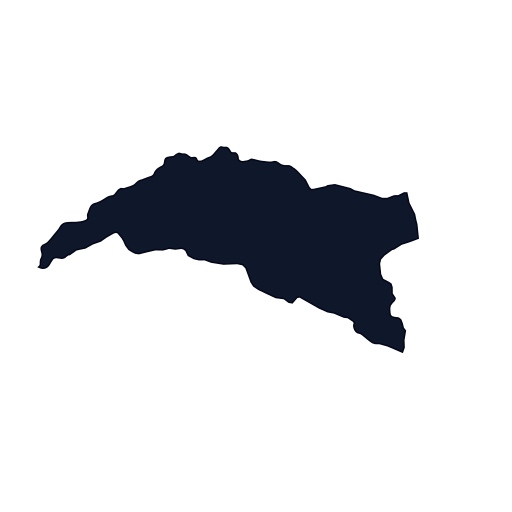 Ostuncalco, Quezaltenango, Guatemala, rotated 38°
{"feature_id": "79465075B83673504677566", "entity_name": "Ostuncalco", "entity_type": "district", "adm_level": 2, "iso_a3": "GTM", "parent_name": "Guatemala", "parent_adm1": "Quezaltenango", "projection": "robinson", "projection_center": [-91.717, 14.862], "detail": "fine", "context": "isolated", "style": "filled", "palette": "ink", "viewbox_px": 512, "rotation_deg": 38, "n_neighbors": 0, "source": "geoboundaries", "source_scale": "gbopen_adm2", "svg_char_len": 3936}
<svg xmlns="http://www.w3.org/2000/svg" viewBox="0 0 512 512"><g transform="rotate(38 256 256)"><path d="M336.0,113.5L333.9,115.1L331.2,120.9L327.9,123.6L324.1,129.9L320.0,133.1L311.3,135.8L293.4,144.2L288.9,144.9L274.3,151.3L269.3,156.5L268.5,158.5L260.6,168.0L258.6,169.8L255.7,169.4L248.0,165.8L236.7,164.1L234.9,163.9L234.0,163.9L232.8,163.8L231.0,164.0L228.9,164.0L226.7,164.5L223.0,167.3L220.8,168.4L219.1,168.9L215.7,169.1L213.8,169.4L212.3,170.4L211.0,172.0L209.7,173.3L207.7,174.7L205.1,176.3L202.0,178.2L199.5,179.5L195.4,181.3L192.8,182.6L192.0,184.2L191.6,185.2L190.9,186.3L187.7,189.8L186.5,190.6L184.5,191.1L183.0,191.0L182.0,190.3L180.9,189.1L179.7,188.2L178.6,187.7L177.3,187.5L176.3,187.5L175.1,188.4L174.3,189.1L172.9,189.8L171.7,189.7L170.2,189.0L169.0,188.6L167.7,188.3L166.2,188.5L165.4,189.0L164.6,189.7L163.2,190.7L161.2,191.6L160.5,193.4L160.5,195.6L160.3,198.2L160.2,201.3L160.1,202.6L159.5,205.5L158.8,206.7L157.4,209.0L155.9,212.5L154.8,214.7L153.6,215.9L152.4,216.8L151.3,217.0L149.9,216.5L148.9,215.9L147.8,215.8L146.2,216.8L145.6,217.6L144.5,218.5L143.4,218.8L142.2,218.9L141.3,219.0L139.1,219.0L137.7,219.4L136.7,219.9L135.5,220.9L134.2,221.6L132.6,222.2L131.8,222.9L130.7,225.4L130.2,227.8L129.5,228.9L128.2,230.1L127.1,231.2L125.4,233.3L124.9,234.6L125.0,235.9L125.6,237.2L126.3,238.5L127.1,239.9L127.2,241.6L127.0,242.9L126.2,244.5L125.3,246.8L124.8,248.6L124.7,250.7L124.8,252.2L125.3,254.0L125.4,255.4L125.2,256.6L124.6,258.0L123.6,259.4L120.7,264.1L119.5,266.2L118.3,267.7L117.5,269.3L117.1,270.7L116.9,272.2L116.5,274.8L115.5,277.0L114.3,279.0L111.8,282.6L110.7,284.3L108.0,286.1L107.1,288.4L107.0,289.6L107.0,292.5L107.0,294.9L106.3,296.6L104.6,298.5L103.4,300.2L102.6,302.0L102.0,303.7L101.1,306.2L100.0,308.9L98.2,312.1L96.8,314.0L96.0,315.3L95.6,316.6L95.5,317.7L95.5,318.8L95.8,320.4L96.3,322.1L97.2,324.9L97.8,326.8L98.4,327.7L99.3,328.7L100.1,329.4L100.6,330.9L100.3,332.4L99.6,333.6L98.6,335.2L96.8,337.3L93.4,340.6L90.3,343.0L87.5,345.4L85.6,347.3L84.6,348.9L84.1,350.3L83.9,351.5L83.9,352.8L84.1,354.7L84.3,356.6L84.1,363.3L84.0,368.8L83.7,373.6L83.1,375.5L82.3,377.3L81.5,378.9L81.4,380.8L81.8,381.9L82.5,382.8L83.2,383.5L84.2,384.3L85.5,385.3L86.3,386.1L87.0,386.9L87.6,387.9L88.2,389.6L88.4,390.7L88.9,392.0L89.5,393.0L90.5,394.4L91.3,395.4L91.8,397.0L91.5,398.5L93.7,397.9L95.4,397.0L96.6,395.9L97.5,394.7L98.0,393.4L98.3,392.0L98.3,390.2L97.9,387.2L97.8,385.5L97.6,384.3L97.6,383.3L98.0,382.1L98.7,381.0L99.8,379.9L101.5,379.0L103.4,377.9L104.7,377.0L105.4,376.1L106.1,375.0L106.6,372.6L106.9,371.7L107.3,370.5L108.2,369.7L109.6,365.2L110.5,361.9L112.6,359.3L116.4,354.9L119.8,346.9L124.3,339.9L126.3,333.3L129.4,325.6L130.8,323.6L132.7,322.7L139.1,324.1L142.3,325.3L146.8,327.7L151.8,329.1L155.8,328.7L159.2,328.0L162.3,326.2L166.9,320.3L172.8,313.0L178.8,308.5L180.9,305.8L182.7,303.3L188.1,300.2L192.2,296.0L194.3,294.9L197.3,294.8L202.3,297.3L208.8,296.2L213.4,294.0L217.8,290.5L224.6,288.3L235.4,282.3L245.9,273.4L248.4,272.2L250.8,271.0L255.3,271.5L268.3,279.6L272.7,281.1L278.7,280.7L289.1,278.4L297.2,276.5L304.3,272.3L310.3,272.2L313.4,270.6L313.8,263.3L315.6,261.3L338.0,258.0L346.8,255.8L352.6,252.8L362.9,250.0L366.4,247.9L373.0,247.5L374.8,248.2L375.8,250.6L377.4,252.1L379.1,253.2L381.2,253.9L383.1,253.9L384.6,253.3L385.9,252.7L387.8,252.5L392.3,252.6L395.3,252.7L398.7,252.7L401.2,252.5L403.7,251.6L407.3,248.9L415.1,245.7L430.6,241.6L429.0,236.9L424.2,231.2L419.7,222.9L416.4,222.1L412.7,219.2L409.4,217.2L408.1,217.1L406.4,217.2L403.1,219.2L400.2,220.4L397.9,219.7L396.3,218.2L393.7,215.3L392.1,212.4L392.0,208.8L392.3,206.3L392.1,204.6L391.5,203.6L386.4,201.9L382.5,197.0L379.6,195.0L376.7,195.2L370.3,196.4L365.4,193.8L358.0,186.1L356.0,181.9L356.4,176.3L359.0,167.2L360.3,165.5L363.3,157.1L367.8,150.5L370.9,145.5L372.3,143.1L372.9,142.2L363.3,132.2L359.7,129.4L355.3,125.6L343.9,120.2L336.0,113.5Z" fill="#0f172a" stroke="#020617" stroke-width="1.5"/></g></svg>